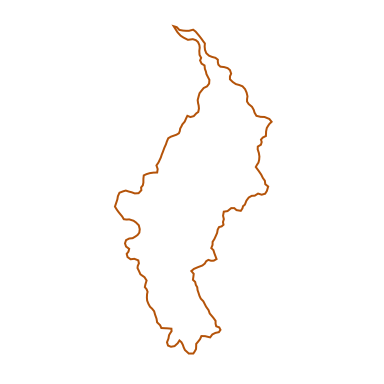 the district of Dionísio, Minas Gerais, Brazil, rotated 290°
{"feature_id": "56859067B79280844892773", "entity_name": "Dionísio", "entity_type": "district", "adm_level": 2, "iso_a3": "BRA", "parent_name": "Brazil", "parent_adm1": "Minas Gerais", "projection": "natural_earth1", "projection_center": [-42.668, -19.831], "detail": "fine", "context": "isolated", "style": "outline", "palette": "amber", "viewbox_px": 384, "rotation_deg": 290, "n_neighbors": 0, "source": "geoboundaries", "source_scale": "gbopen_adm2", "svg_char_len": 3594}
<svg xmlns="http://www.w3.org/2000/svg" viewBox="0 0 384 384"><g transform="rotate(290 192 192)"><path d="M344.9,137.6L342.5,134.1L341.5,131.5L340.6,128.3L340.0,124.7L341.7,121.3L341.5,118.1L339.4,120.8L337.1,123.8L335.0,127.8L334.2,131.2L333.6,136.1L335.9,140.5L336.0,143.7L335.0,146.3L332.6,148.7L330.2,149.9L327.1,150.6L323.4,152.2L321.2,154.7L318.4,154.6L315.9,157.1L315.2,160.5L312.1,162.0L309.9,163.9L307.8,165.2L305.9,167.2L303.3,170.0L299.7,171.0L296.4,170.0L293.7,167.4L289.9,166.1L287.4,165.3L284.5,165.5L280.3,165.9L277.6,167.3L275.5,168.7L272.7,170.0L269.3,170.5L267.3,169.1L263.9,167.7L261.9,164.9L262.0,161.6L259.3,161.3L255.7,161.1L252.2,159.8L249.9,159.6L247.6,159.2L245.0,159.7L242.7,159.6L240.5,157.8L238.7,155.6L236.8,153.3L234.4,151.3L230.9,151.1L227.9,151.2L224.1,150.9L219.7,150.9L216.8,150.8L213.7,150.9L208.2,150.4L204.8,149.5L201.8,151.9L198.4,152.6L197.0,149.1L195.3,145.9L193.2,143.1L191.1,141.0L187.8,141.8L184.2,143.1L181.4,143.5L178.9,142.6L176.3,143.8L172.6,142.2L171.1,138.7L171.1,135.4L170.8,132.5L170.7,129.3L169.2,127.2L166.5,124.1L162.7,123.8L159.5,124.4L155.6,124.5L151.9,124.6L149.7,127.4L148.0,129.9L146.5,132.4L145.1,134.8L143.1,137.2L143.7,139.9L144.8,142.4L145.0,146.9L144.2,149.8L142.5,153.4L139.2,155.6L135.8,156.4L133.1,155.6L131.0,154.2L128.3,152.0L126.8,148.9L124.2,146.5L120.8,146.6L118.2,148.7L117.1,152.4L114.2,152.7L111.5,151.8L108.8,153.7L107.8,157.3L109.5,160.7L109.4,164.9L106.8,166.5L104.1,166.3L101.9,166.8L99.8,169.0L97.0,171.7L95.7,176.5L93.3,179.6L89.4,179.8L86.5,180.2L85.0,182.7L83.0,184.4L80.6,184.7L77.4,185.7L74.6,187.0L72.1,189.2L69.8,191.8L68.7,194.4L67.0,197.2L64.2,199.2L60.8,202.0L57.6,203.8L55.9,207.6L53.7,209.7L54.5,212.4L55.5,215.6L56.5,219.4L54.2,220.4L51.9,219.8L49.6,219.4L46.2,220.0L42.2,219.9L39.5,222.0L39.4,225.2L41.2,228.3L45.0,230.3L48.2,231.0L47.2,233.5L45.2,235.7L43.2,237.3L41.1,239.4L39.1,244.3L40.7,248.5L43.2,249.1L45.8,249.5L48.4,248.7L50.7,247.9L53.1,248.8L56.5,249.9L59.8,250.1L61.0,253.4L61.6,258.8L65.1,259.8L67.6,262.2L69.5,265.2L72.2,265.9L74.1,263.9L74.1,260.7L76.3,259.2L79.0,258.2L81.2,254.9L83.9,250.2L86.6,248.0L89.1,244.4L93.2,240.0L94.8,236.7L97.0,234.5L99.2,232.8L101.8,230.7L104.3,229.5L106.0,227.4L108.6,225.7L109.8,222.9L112.7,222.3L115.7,221.6L117.5,218.4L120.4,220.1L123.4,223.3L126.5,226.9L129.1,228.5L131.8,229.0L133.8,230.6L133.9,233.4L134.9,235.9L137.4,238.0L140.3,235.5L142.3,233.8L144.7,232.0L145.9,229.3L149.3,229.4L152.2,228.4L155.3,229.1L159.0,229.4L162.1,229.6L165.5,229.0L168.3,229.4L169.8,231.6L172.0,232.8L174.3,231.4L177.4,231.2L180.3,229.3L184.4,228.6L186.2,231.9L190.3,234.4L191.3,237.3L190.2,240.0L191.0,244.3L193.8,245.0L196.1,244.8L198.2,246.0L202.5,246.1L206.2,247.2L208.8,249.4L210.0,252.2L213.1,254.6L213.3,258.4L215.4,261.3L218.6,262.0L223.2,261.7L224.4,258.2L227.5,256.6L229.4,253.8L232.0,251.1L234.8,247.2L237.3,243.4L240.0,243.8L242.3,244.4L245.2,244.1L248.4,243.2L251.5,241.5L254.6,239.1L257.2,238.3L260.0,240.6L262.8,240.4L264.8,238.9L267.4,239.9L269.9,242.3L274.3,240.9L277.7,240.4L280.3,240.9L282.6,241.5L285.2,242.8L287.1,239.7L287.3,234.5L286.1,230.8L285.6,226.5L288.0,223.6L290.3,221.9L292.6,219.2L294.0,215.2L295.8,212.8L298.0,212.0L300.9,211.4L304.1,209.3L306.8,206.7L308.6,203.3L308.7,199.9L308.4,196.3L309.3,192.7L310.9,189.1L313.7,188.1L316.6,188.3L319.5,186.0L320.6,183.1L320.4,179.6L319.5,175.8L320.7,173.2L322.8,171.9L325.2,171.0L326.1,168.1L325.8,164.6L325.9,161.4L327.3,158.0L330.0,155.6L333.1,154.1L336.0,153.3L337.4,151.1L339.2,148.5L341.1,145.5L342.5,143.1L344.0,140.5L344.9,137.6Z" fill="none" stroke="#b45309" stroke-width="2"/></g></svg>